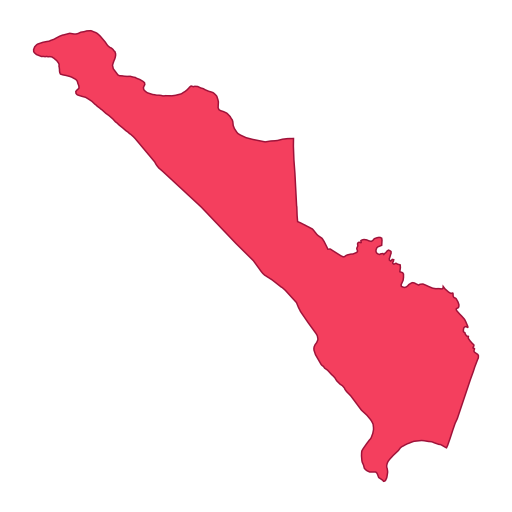 Salinas, Santa Elena, Ecuador (orthographic projection)
{"feature_id": "8360857B49766571468879", "entity_name": "Salinas", "entity_type": "district", "adm_level": 2, "iso_a3": "ECU", "parent_name": "Ecuador", "parent_adm1": "Santa Elena", "projection": "orthographic", "projection_center": [-80.916, -2.26], "detail": "fine", "context": "isolated", "style": "filled", "palette": "rose", "viewbox_px": 512, "rotation_deg": 0, "n_neighbors": 0, "source": "geoboundaries", "source_scale": "gbopen_adm2", "svg_char_len": 5919}
<svg xmlns="http://www.w3.org/2000/svg" viewBox="0 0 512 512"><path d="M293.5,138.5L287.6,138.6L282.6,139.2L277.5,140.5L274.5,140.8L270.7,141.0L265.2,141.9L252.6,139.4L247.3,138.0L246.1,137.7L240.5,135.1L238.0,133.6L236.9,132.4L234.4,128.6L233.2,125.5L232.8,121.7L232.3,120.0L231.1,118.3L230.1,116.5L227.5,113.8L226.7,113.1L223.5,111.6L220.7,110.7L219.2,109.9L218.7,109.2L218.1,107.6L218.4,101.9L217.9,99.7L216.8,96.3L216.0,95.3L214.3,93.6L213.0,92.6L210.7,91.8L208.8,91.3L205.0,89.7L203.4,88.7L200.6,87.9L197.7,86.5L194.8,86.3L193.4,86.7L191.1,86.0L189.6,87.1L188.8,88.1L186.8,90.1L184.9,91.6L183.3,92.5L181.9,93.5L180.8,94.0L177.1,94.9L175.6,95.3L171.8,95.8L165.3,95.7L164.3,95.9L162.8,95.9L161.0,95.4L158.8,95.2L156.7,95.2L153.9,94.6L153.0,94.6L147.7,92.9L146.7,92.4L144.9,90.9L143.8,89.7L143.4,87.7L144.1,85.9L144.8,84.6L144.5,82.7L143.0,81.4L139.8,79.5L136.4,78.2L135.4,77.5L133.2,77.1L130.2,76.3L127.1,76.4L125.7,76.3L124.2,76.2L122.4,75.9L119.4,75.7L117.9,74.9L113.3,68.8L112.5,65.3L113.0,63.5L114.0,60.6L114.7,59.1L115.2,57.5L115.6,55.5L115.6,53.8L114.9,51.6L113.9,50.8L113.1,49.6L112.4,48.9L111.1,47.9L110.1,47.6L108.0,45.9L107.0,44.7L105.2,42.0L100.2,36.1L98.6,34.6L97.2,33.4L95.8,32.6L93.4,31.7L92.1,31.1L90.9,30.7L86.8,30.9L84.0,31.7L80.8,32.2L78.1,33.5L76.0,34.0L74.0,34.0L69.8,33.3L63.7,34.9L62.5,35.1L59.7,36.2L55.5,38.4L54.2,39.2L50.5,40.5L49.2,41.2L46.9,41.5L42.9,42.3L37.6,44.1L36.6,44.8L34.7,46.8L33.6,49.6L33.7,51.7L34.5,52.8L36.4,54.5L41.5,56.5L43.3,56.4L45.1,56.7L46.8,56.4L48.0,56.8L49.8,56.6L51.8,56.9L54.3,58.5L55.4,59.6L56.4,60.3L57.2,61.2L57.7,62.0L58.2,62.5L59.1,64.3L59.0,66.5L59.2,67.0L59.5,69.7L59.5,71.0L59.8,72.7L60.5,74.1L63.1,74.9L65.8,75.4L69.6,76.4L71.6,77.1L75.6,79.3L76.7,80.3L77.4,81.6L77.9,83.5L78.8,85.7L79.0,87.5L78.8,88.4L76.8,90.2L75.8,91.5L76.0,93.4L76.8,94.4L77.5,94.9L78.3,95.2L82.1,96.4L85.6,97.3L88.4,99.0L91.9,101.3L94.9,104.2L95.9,104.9L97.2,106.2L99.8,108.1L101.0,109.2L102.1,109.9L105.8,113.3L108.9,115.5L112.9,119.0L115.5,121.9L116.7,122.7L119.2,125.1L122.6,127.8L125.8,130.6L128.1,132.2L129.4,133.5L130.7,134.3L133.4,136.7L135.2,138.6L154.7,161.9L156.0,164.3L157.1,165.9L158.9,168.1L162.1,170.8L201.2,207.0L235.8,243.3L253.4,260.7L261.3,271.6L262.8,273.4L264.6,275.1L272.3,280.0L281.3,287.1L282.0,287.4L283.3,288.5L285.3,290.3L296.5,302.6L298.5,307.5L300.1,310.6L300.5,311.5L308.1,322.6L316.1,333.6L317.3,335.7L317.9,338.8L317.8,340.0L316.6,342.7L315.1,344.7L314.1,347.0L313.9,348.5L314.0,350.2L315.5,354.7L321.1,364.4L321.9,365.3L322.8,366.0L323.4,366.3L324.6,368.1L327.6,370.2L331.6,374.6L332.7,375.5L334.8,377.7L336.7,380.8L337.6,381.7L340.1,384.2L342.3,385.6L343.2,386.6L344.4,388.0L345.0,389.4L346.6,391.6L350.8,395.9L361.4,410.1L367.0,415.3L370.4,419.4L371.5,421.0L372.5,422.9L373.1,424.2L373.5,427.6L373.5,429.8L372.8,433.4L371.2,437.7L370.4,439.0L369.5,439.9L366.7,443.6L363.2,448.6L361.8,451.0L361.6,452.9L361.5,455.9L361.9,460.6L362.2,462.1L363.6,465.3L364.3,468.2L365.5,469.6L367.1,470.8L369.7,472.0L375.7,472.0L376.9,473.1L377.5,474.3L378.7,477.5L382.9,480.4L383.5,481.3L384.7,481.1L385.5,480.4L386.6,478.1L386.9,477.0L387.6,472.6L387.6,471.2L387.2,468.7L386.7,467.1L386.7,465.4L387.2,463.4L387.9,461.7L388.5,460.8L389.8,459.1L393.2,455.4L398.4,450.5L400.4,447.8L401.9,446.6L403.2,446.0L404.9,445.0L407.5,443.7L409.0,443.2L411.4,442.2L413.9,441.3L421.5,440.5L424.0,440.7L428.6,441.5L431.3,441.7L432.5,442.0L434.0,442.7L438.9,444.4L440.3,444.5L441.3,444.9L445.6,447.4L446.5,447.8L447.7,445.2L450.1,438.3L453.0,429.4L455.1,423.3L457.3,418.6L470.4,379.5L473.3,371.5L474.7,367.1L477.8,359.0L478.2,358.3L478.4,357.2L478.4,355.5L477.8,354.5L474.8,352.4L474.3,351.9L474.0,351.3L474.0,350.6L474.4,349.3L474.5,348.7L474.2,348.4L473.5,348.3L473.0,347.9L473.2,347.1L473.9,345.8L473.9,345.4L473.8,344.8L472.2,343.3L470.0,340.8L468.4,338.5L468.2,337.6L468.4,336.9L468.4,336.4L467.9,336.2L467.1,336.2L466.5,335.9L465.2,333.9L464.9,332.7L463.6,331.9L463.4,331.7L463.4,331.3L463.4,329.8L463.8,327.9L464.1,327.5L464.7,327.0L465.4,326.7L466.1,326.6L466.4,326.7L467.4,327.4L467.7,327.4L467.9,327.2L467.8,326.5L465.9,322.0L464.7,319.6L464.1,318.8L461.6,316.0L459.5,313.9L456.9,310.9L456.4,310.1L456.2,309.4L456.3,308.8L456.8,308.4L458.0,307.9L458.7,307.0L458.9,306.0L458.9,304.6L458.0,302.0L456.2,298.8L455.6,298.2L454.1,297.6L453.5,296.9L453.3,296.5L453.1,295.6L453.0,293.5L452.9,293.2L452.2,293.0L451.4,293.4L450.9,293.4L448.6,292.1L445.0,288.9L443.2,286.5L443.1,287.7L442.9,288.2L442.8,288.5L442.3,288.8L441.3,288.9L438.8,288.6L435.8,288.7L432.7,288.2L428.4,286.4L425.6,285.1L422.9,284.0L419.9,284.3L418.7,285.1L416.1,283.9L414.5,283.0L413.0,282.7L412.1,282.7L410.7,283.4L408.8,284.6L407.6,286.0L406.2,287.0L404.4,287.5L403.3,287.2L401.4,286.4L401.1,284.8L403.1,280.3L403.5,277.4L403.5,274.1L402.6,272.7L399.8,271.7L400.4,267.7L400.2,264.9L398.6,264.4L397.6,264.2L396.4,263.4L395.7,263.3L394.4,264.0L393.6,264.1L392.8,263.4L392.7,262.5L393.4,261.3L393.7,259.7L392.3,259.4L391.2,260.6L390.6,261.0L389.4,260.1L389.3,258.6L390.0,256.7L390.6,254.5L391.1,253.2L391.0,251.5L389.9,250.7L388.6,250.1L387.3,250.8L385.7,252.8L384.6,253.5L383.8,254.5L382.9,253.5L380.5,253.9L379.7,254.5L378.2,254.1L376.7,253.1L376.0,251.6L376.0,250.0L376.7,248.0L377.8,246.9L381.7,245.3L382.0,240.2L381.7,238.2L380.1,237.4L378.6,237.4L376.8,237.8L374.3,238.7L372.9,240.4L371.2,241.4L368.8,240.8L366.7,239.9L364.0,239.5L362.2,239.9L360.9,240.6L361.2,242.5L360.9,242.7L359.0,242.2L357.9,242.9L357.5,243.9L357.8,245.2L357.7,246.3L356.9,248.0L356.8,248.8L357.6,251.1L356.8,252.4L353.0,254.0L350.9,254.1L347.4,254.9L345.9,255.6L344.6,256.6L343.3,256.9L340.9,255.8L332.2,250.3L330.4,249.1L329.7,249.0L328.8,249.2L327.8,249.2L327.2,247.7L324.1,241.5L322.6,239.1L321.9,238.2L318.1,235.6L318.3,235.8L316.8,234.4L313.4,230.1L312.4,229.0L300.4,222.8L297.6,221.6L297.1,215.5L296.8,206.8L296.6,206.0L294.9,173.2L293.9,159.8L293.4,146.2L293.5,138.5Z" fill="#f43f5e" stroke="#9f1239" stroke-width="1.5"/></svg>